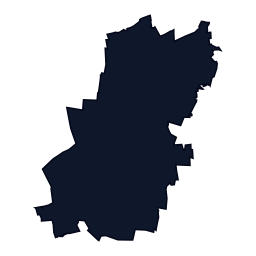 West Rand, Gauteng, South Africa (orthographic projection)
{"feature_id": "47623444B6623169143942", "entity_name": "West Rand", "entity_type": "district", "adm_level": 2, "iso_a3": "ZAF", "parent_name": "South Africa", "parent_adm1": "Gauteng", "projection": "orthographic", "projection_center": [27.638, -26.223], "detail": "fine", "context": "isolated", "style": "filled", "palette": "ink", "viewbox_px": 256, "rotation_deg": 0, "n_neighbors": 0, "source": "geoboundaries", "source_scale": "gbopen_adm2", "svg_char_len": 4910}
<svg xmlns="http://www.w3.org/2000/svg" viewBox="0 0 256 256"><path d="M83.5,99.8L82.7,110.1L71.3,108.2L71.4,108.3L69.4,107.9L66.8,107.5L69.6,122.3L70.9,128.7L72.2,132.5L73.6,136.6L74.0,137.6L75.1,140.8L75.8,142.8L76.1,143.7L70.7,148.2L68.8,149.7L63.9,151.9L63.0,152.3L59.4,154.8L53.6,158.6L52.5,159.5L42.5,169.1L51.3,186.5L51.3,188.5L51.1,188.6L51.1,189.3L51.3,190.2L52.4,199.0L52.9,202.8L48.4,205.2L46.1,205.7L45.2,206.1L41.5,206.7L42.8,208.0L42.7,208.2L40.4,206.9L35.2,207.8L35.8,208.1L37.8,214.9L39.5,214.3L41.4,218.0L41.5,221.0L52.2,220.1L53.7,226.4L53.4,226.5L53.9,232.6L55.5,237.3L55.6,237.2L56.0,237.1L56.1,236.9L56.4,237.0L56.8,236.8L57.0,236.8L57.0,237.0L56.9,237.1L57.1,237.2L57.3,236.7L57.3,236.9L57.5,236.8L57.7,236.7L57.9,236.6L58.0,236.5L58.1,236.4L58.3,236.3L58.6,236.2L58.9,236.2L59.0,236.1L59.1,235.9L59.8,235.9L59.9,236.0L60.0,236.1L60.0,236.3L60.1,236.5L60.4,236.5L60.4,236.3L60.7,236.2L60.8,236.0L61.0,236.2L61.4,235.9L61.4,235.7L61.6,235.8L61.6,236.0L61.7,236.3L61.9,236.3L62.1,236.2L62.3,235.9L62.5,235.7L62.7,235.8L62.8,235.8L62.7,236.0L62.8,236.2L63.0,235.9L63.2,235.5L63.6,235.5L63.7,235.3L63.8,235.1L63.8,234.8L63.8,234.7L63.7,234.5L63.8,234.5L64.0,234.6L64.1,234.3L64.3,234.3L64.3,234.2L64.4,234.4L64.4,234.5L64.5,234.5L64.8,234.3L65.6,234.3L65.8,234.2L65.7,234.0L65.7,233.8L65.5,233.6L65.7,233.4L65.8,233.4L66.1,233.3L66.7,233.5L67.2,233.5L67.4,233.5L67.6,233.5L68.1,233.2L68.4,233.0L68.5,233.0L68.6,233.4L69.0,233.5L70.0,233.3L79.6,231.1L76.6,225.1L77.1,224.2L78.3,221.9L78.3,221.5L78.3,220.2L84.7,220.7L85.4,222.0L86.6,224.1L86.8,224.4L89.3,228.7L87.7,230.4L98.2,240.2L98.9,240.6L100.5,237.0L101.0,236.0L105.7,235.6L107.1,236.0L117.9,239.8L132.7,240.0L135.1,229.5L145.7,230.0L153.6,232.2L154.0,228.7L156.0,230.3L156.3,228.1L157.8,220.6L158.6,217.2L158.0,211.4L158.6,210.8L158.0,209.4L157.8,208.8L157.8,208.3L157.9,207.6L166.0,209.1L166.9,198.4L165.9,189.2L166.7,186.0L170.1,183.0L171.2,185.0L174.3,184.7L175.2,179.8L178.1,179.8L176.5,170.6L175.8,164.8L190.0,165.4L189.7,157.1L193.0,158.3L192.4,149.7L190.9,149.3L190.8,145.0L190.8,144.6L190.8,144.4L190.6,144.4L190.5,144.6L185.4,145.1L184.8,149.4L183.2,149.5L181.7,144.5L174.0,145.0L174.2,143.0L176.3,137.3L170.5,134.2L170.4,133.2L169.8,132.7L169.5,132.2L167.0,125.7L167.3,125.8L168.0,125.7L168.2,124.8L168.4,123.0L167.8,122.8L167.9,121.7L180.6,125.5L184.0,117.2L189.8,117.3L189.4,115.4L190.1,115.7L190.5,115.7L191.6,115.7L191.7,115.4L191.8,115.4L191.9,115.2L191.9,115.3L191.9,115.2L192.0,115.0L192.0,114.9L191.9,114.8L191.9,114.6L191.8,114.3L191.6,114.1L191.0,113.6L190.7,113.6L190.3,113.4L190.2,113.3L190.4,113.2L195.8,102.5L196.2,102.1L196.5,101.0L196.3,100.9L196.6,100.1L194.9,99.5L194.9,99.2L195.0,98.6L194.9,98.3L194.9,98.2L194.9,97.9L195.1,97.8L195.4,97.6L195.7,97.4L195.8,97.5L196.2,97.6L196.3,97.7L196.5,97.7L196.7,97.2L196.7,96.9L196.8,96.8L196.8,96.6L196.7,96.5L196.8,96.4L196.8,96.1L196.8,95.9L196.7,95.7L196.6,95.4L196.8,94.9L196.7,94.8L196.5,94.5L196.4,94.4L196.6,94.2L196.6,93.9L196.6,93.6L196.5,93.3L196.2,92.5L195.7,91.6L197.8,91.2L197.9,90.7L198.0,90.6L198.0,89.9L197.9,89.9L197.8,89.5L197.8,89.3L197.8,89.2L197.6,88.7L197.5,88.4L197.3,88.3L197.4,88.2L202.6,89.2L203.1,89.1L199.1,85.7L199.6,85.0L202.7,84.2L203.4,86.4L203.7,86.3L203.6,86.2L204.4,85.7L204.3,85.2L204.2,85.2L203.9,84.5L204.0,84.4L205.4,84.6L205.8,85.6L206.0,85.4L205.9,85.2L206.5,84.4L207.0,84.9L208.2,84.2L208.7,85.1L209.7,84.6L210.1,85.6L212.1,77.5L214.0,76.7L216.6,68.8L216.6,68.7L217.2,63.6L216.5,61.6L215.5,61.7L212.8,61.4L213.6,60.7L210.5,57.2L213.3,54.5L213.0,54.1L212.8,52.8L212.3,51.6L212.7,51.3L213.3,51.0L213.4,50.9L213.5,50.7L212.9,50.5L213.1,50.0L213.3,50.0L218.8,49.7L220.8,50.4L218.7,47.2L216.4,47.5L211.4,45.0L211.3,44.3L209.6,44.4L208.8,38.6L211.0,38.3L210.7,32.3L208.4,32.5L207.0,32.8L207.2,31.8L207.5,30.1L207.2,28.6L207.2,28.1L207.3,27.4L207.4,26.7L207.7,25.8L208.3,25.1L208.8,24.4L209.0,23.9L209.1,23.3L209.2,22.5L208.5,22.6L205.8,22.2L204.6,21.9L203.8,21.7L203.0,21.5L201.4,21.4L200.9,22.8L200.2,23.8L198.9,26.8L199.7,28.7L197.8,29.4L194.9,32.3L185.3,36.2L174.2,41.4L173.8,33.1L173.8,29.7L173.4,29.9L172.1,31.0L170.8,31.0L164.7,34.5L160.1,36.3L155.2,27.5L155.1,27.2L154.9,26.9L154.8,27.0L154.7,27.1L154.7,27.3L154.4,27.4L154.2,27.6L154.1,27.8L153.7,28.0L153.4,28.2L153.3,28.3L152.9,28.4L152.6,28.3L152.0,28.0L151.9,28.0L151.7,27.9L151.8,27.8L151.9,27.7L151.7,27.7L151.1,27.1L151.0,26.8L151.4,26.5L151.5,25.7L150.7,21.7L149.7,19.8L149.8,19.7L151.0,20.2L150.2,15.4L149.5,15.5L141.2,18.6L139.7,19.8L139.5,21.6L133.9,25.9L130.4,27.7L127.1,28.6L127.5,29.8L127.4,30.0L126.2,30.3L124.1,30.2L123.8,29.6L119.3,32.4L116.2,32.6L115.6,32.2L112.4,33.2L107.1,34.3L109.0,39.7L106.0,39.8L107.5,48.5L105.2,48.2L106.0,64.5L104.3,73.5L101.7,73.0L101.0,75.2L100.5,75.2L100.5,75.8L100.9,75.9L100.8,76.4L100.6,77.1L100.5,77.9L99.9,83.0L98.5,92.8L97.8,92.8L97.5,95.8L97.1,100.3L83.5,99.8Z" fill="#0f172a" stroke="#020617" stroke-width="1.5"/></svg>